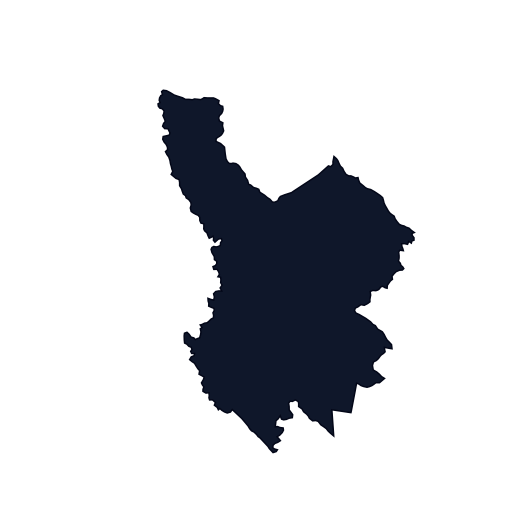 outline of Santa Cruz do Rio Pardo, São Paulo, Brazil, rotated 317°
{"feature_id": "56859067B25162931464836", "entity_name": "Santa Cruz do Rio Pardo", "entity_type": "district", "adm_level": 2, "iso_a3": "BRA", "parent_name": "Brazil", "parent_adm1": "São Paulo", "projection": "robinson", "projection_center": [-49.573, -22.761], "detail": "fine", "context": "isolated", "style": "filled", "palette": "ink", "viewbox_px": 512, "rotation_deg": 317, "n_neighbors": 0, "source": "geoboundaries", "source_scale": "gbopen_adm2", "svg_char_len": 5580}
<svg xmlns="http://www.w3.org/2000/svg" viewBox="0 0 512 512"><g transform="rotate(317 256 256)"><path d="M384.1,268.2L381.9,266.8L381.2,264.7L380.1,262.2L378.5,260.7L377.5,257.7L378.1,254.1L379.2,250.9L379.0,247.8L379.9,244.8L380.9,242.1L381.2,239.7L380.9,236.4L378.7,238.0L376.7,239.4L374.8,241.5L371.7,241.7L370.4,239.5L356.9,239.2L328.1,234.3L325.3,233.9L318.7,230.8L314.4,229.1L312.2,229.4L309.6,230.5L306.5,229.5L304.8,227.9L304.9,224.0L304.1,220.9L303.7,217.3L302.3,212.0L303.5,209.1L302.5,206.8L300.9,204.2L300.5,200.4L299.5,198.6L301.4,195.0L302.1,191.0L303.9,188.5L304.1,183.2L304.9,179.7L305.0,177.5L304.3,174.7L302.5,172.4L300.9,171.5L299.5,169.9L299.5,167.4L300.3,164.5L303.3,160.1L307.2,154.9L306.8,149.6L304.9,144.9L306.9,143.0L308.8,143.1L311.1,143.6L313.2,143.8L315.2,143.4L317.7,142.4L318.8,140.5L320.3,137.9L322.6,136.0L321.3,132.4L322.8,129.6L324.9,128.4L328.1,128.3L330.5,127.3L332.1,126.1L333.7,123.8L332.5,121.8L332.4,118.9L334.9,117.2L333.6,113.3L332.7,111.4L330.5,109.4L328.1,107.1L326.0,104.8L324.1,104.5L322.2,103.9L320.5,101.9L318.1,99.2L316.0,98.3L313.8,95.7L311.2,93.3L310.2,90.2L307.5,85.4L305.9,82.4L304.7,78.1L303.3,74.1L301.2,71.5L299.1,71.4L297.6,74.3L295.8,73.8L293.3,74.6L291.4,76.1L290.5,78.4L288.1,77.9L286.7,79.9L286.5,82.2L287.9,84.5L287.7,87.3L285.7,88.9L283.7,89.8L282.6,93.0L281.5,95.7L278.9,96.0L276.2,97.4L276.1,100.6L278.4,102.9L277.0,107.4L274.9,108.4L272.3,106.9L269.6,105.3L267.4,107.0L266.5,110.1L266.4,113.0L265.6,115.7L264.0,117.9L261.0,117.9L260.1,121.0L259.7,124.2L258.2,127.5L256.4,130.2L255.1,132.8L253.8,135.0L252.9,137.3L249.6,138.5L250.0,141.5L250.4,144.7L251.9,147.6L250.4,150.0L248.1,152.5L247.4,156.0L246.4,158.0L245.1,161.1L245.6,163.8L244.6,165.9L245.3,168.9L244.9,172.4L243.4,174.5L240.7,176.1L239.0,179.2L239.5,181.7L240.4,184.4L241.5,186.9L241.2,189.4L239.1,191.8L238.2,194.4L239.8,196.9L237.7,199.2L236.3,200.5L235.6,202.5L235.9,205.7L234.7,208.6L233.9,211.1L235.7,211.7L238.1,212.2L237.1,214.1L235.6,215.4L235.4,217.9L237.4,217.9L240.2,218.0L242.6,219.7L241.5,221.7L239.3,222.0L237.0,224.0L234.7,223.2L233.0,222.2L231.6,220.2L229.6,219.7L227.7,220.5L226.1,223.5L225.1,228.0L223.1,230.3L223.7,233.1L222.0,234.9L219.7,235.3L217.3,234.4L216.0,237.0L218.5,239.2L217.9,242.1L216.8,244.4L214.0,245.2L215.6,247.4L214.1,249.5L212.0,251.4L211.3,254.2L208.0,254.9L207.1,258.2L204.9,256.1L202.3,254.5L199.2,254.7L197.6,257.6L195.0,259.4L193.4,257.0L192.0,254.2L190.3,256.3L189.2,258.5L187.2,260.4L188.3,263.0L189.6,265.7L188.2,267.4L185.8,268.2L184.6,270.4L182.7,272.2L180.1,271.5L177.1,271.6L174.7,271.5L172.5,270.0L169.9,269.3L168.2,268.4L167.8,271.6L165.6,271.2L164.0,274.0L161.7,275.8L159.0,277.4L156.7,276.4L154.6,275.7L154.7,273.5L153.2,271.1L153.7,267.4L153.5,264.7L151.0,263.7L149.0,265.4L146.2,268.6L144.4,271.0L145.3,273.2L145.3,276.2L146.4,278.6L145.4,280.7L143.2,281.2L142.5,283.4L144.6,285.4L142.7,286.7L139.9,285.6L136.8,286.5L137.2,289.5L137.9,292.5L137.1,296.1L136.6,299.0L136.6,301.4L133.7,303.6L134.8,306.7L135.5,309.3L133.0,310.6L129.6,311.6L128.9,313.6L128.6,316.2L126.4,317.3L124.9,318.8L125.9,322.1L128.3,323.9L126.5,326.3L124.9,327.6L123.9,329.6L126.1,331.5L126.4,335.5L123.8,336.7L124.4,340.3L123.6,342.8L125.6,342.9L125.8,345.6L126.6,348.5L127.9,351.2L130.9,352.7L133.9,352.1L134.8,365.1L134.3,374.9L133.6,378.0L133.5,380.8L134.5,383.4L134.7,387.0L134.4,389.5L134.9,391.7L134.9,395.3L134.9,403.5L134.4,405.9L134.4,408.6L134.4,411.4L137.4,412.8L139.5,412.3L137.9,409.7L137.5,407.6L139.5,406.0L142.1,406.0L144.8,407.1L147.9,407.7L148.1,405.2L148.1,402.6L151.2,403.2L154.8,403.0L157.3,402.1L158.6,400.3L156.4,397.6L155.5,395.5L153.6,394.1L158.2,390.1L161.0,390.2L162.9,389.8L164.8,389.3L163.4,392.7L164.5,394.7L166.8,396.2L169.6,397.2L172.3,399.0L174.6,397.1L175.0,394.0L175.3,391.2L177.7,388.5L179.5,385.8L182.0,385.5L183.5,387.2L186.6,388.1L187.7,391.2L186.5,393.1L184.5,395.2L185.4,399.2L184.6,402.4L185.2,406.2L185.1,408.8L184.4,411.1L185.0,415.2L187.4,417.0L188.7,419.3L188.3,423.7L189.0,426.6L189.7,430.2L189.4,433.3L189.6,436.3L190.1,440.6L206.6,420.2L218.6,435.3L220.2,434.2L235.8,422.8L242.8,417.6L243.8,419.4L244.5,422.5L245.8,425.0L247.7,427.7L249.7,428.8L252.3,429.8L254.7,430.2L257.2,430.4L259.9,432.9L266.5,433.2L265.6,429.9L265.6,426.6L265.2,423.2L264.0,419.3L266.5,415.5L269.6,413.6L272.8,414.5L275.5,414.5L278.5,413.9L280.3,413.8L282.9,414.2L285.1,414.1L286.3,412.1L287.6,410.4L290.5,414.4L292.2,416.6L294.7,413.2L294.7,409.7L294.6,406.8L295.3,403.7L296.2,400.7L296.7,397.6L295.1,392.4L295.8,388.3L294.8,385.7L294.9,382.3L294.2,378.8L293.7,376.3L292.6,372.7L291.6,369.3L290.2,365.9L290.7,363.2L293.1,361.8L295.8,362.7L299.5,363.1L301.6,365.9L305.2,366.9L308.1,367.2L309.6,365.5L311.4,364.1L313.2,362.8L315.3,359.8L317.9,360.8L320.0,363.1L322.0,364.0L323.9,364.2L325.9,363.7L328.0,364.5L328.8,367.3L329.9,369.0L332.1,367.0L335.3,366.3L337.3,365.9L339.9,366.1L341.6,363.6L344.8,363.1L347.8,363.0L351.3,364.3L353.5,366.1L355.5,366.0L355.9,363.9L355.6,361.8L356.6,359.7L356.7,356.9L359.2,355.1L360.8,353.4L363.1,350.3L365.2,349.9L367.4,352.6L368.4,350.7L369.2,348.6L370.8,346.3L373.1,348.3L374.8,350.8L377.7,349.5L378.4,352.5L380.3,351.3L382.3,352.2L384.0,350.4L384.3,347.5L385.5,345.9L387.8,346.8L387.1,343.2L386.9,340.0L385.4,337.2L384.8,335.1L383.4,333.0L382.4,330.6L382.6,326.8L383.1,323.6L384.2,321.1L383.5,318.1L383.2,315.7L383.5,313.1L384.2,310.3L384.9,307.2L385.8,304.5L387.2,302.1L388.4,299.7L388.1,296.6L387.3,293.0L386.5,289.7L385.2,285.6L383.3,282.7L382.6,280.6L382.3,277.5L381.7,273.3L382.9,270.2L384.1,268.2Z" fill="#0f172a" stroke="#020617" stroke-width="1.5"/></g></svg>